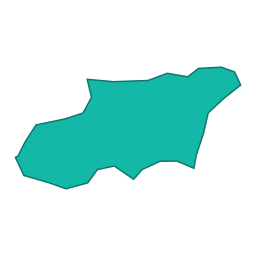 outline of Kumla, Orebro, Sweden
{"feature_id": "70781695B57717414810507", "entity_name": "Kumla", "entity_type": "district", "adm_level": 2, "iso_a3": "SWE", "parent_name": "Sweden", "parent_adm1": "Orebro", "projection": "orthographic", "projection_center": [15.16, 59.145], "detail": "fine", "context": "isolated", "style": "filled", "palette": "teal", "viewbox_px": 256, "rotation_deg": 0, "n_neighbors": 0, "source": "geoboundaries", "source_scale": "gbopen_adm2", "svg_char_len": 502}
<svg xmlns="http://www.w3.org/2000/svg" viewBox="0 0 256 256"><path d="M15.4,157.4L23.9,175.5L49.2,182.8L66.1,188.8L87.8,182.8L97.4,169.6L114.3,166.0L133.6,179.3L142.1,169.6L160.1,161.2L177.0,161.1L193.9,168.3L196.3,155.1L203.5,133.4L208.2,112.9L223.8,98.4L240.6,85.1L240.3,84.3L234.6,71.9L221.3,67.2L198.5,68.4L187.7,76.8L167.3,73.3L148.0,80.5L113.2,81.7L87.2,79.3L91.5,97.3L83.1,113.0L65.0,118.9L36.1,124.9L25.2,141.7L17.9,156.2L15.4,157.4Z" fill="#14b8a6" stroke="#0f766e" stroke-width="1.5"/></svg>